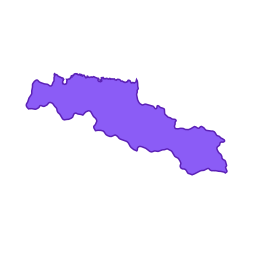 the district of San Felipe de Puerto Plata, Puerto Plata, Dominican Republic, rotated 332°
{"feature_id": "3306468B57439307714728", "entity_name": "San Felipe de Puerto Plata", "entity_type": "district", "adm_level": 2, "iso_a3": "DOM", "parent_name": "Dominican Republic", "parent_adm1": "Puerto Plata", "projection": "robinson", "projection_center": [-70.701, 19.686], "detail": "fine", "context": "isolated", "style": "filled", "palette": "violet", "viewbox_px": 256, "rotation_deg": 332, "n_neighbors": 0, "source": "geoboundaries", "source_scale": "gbopen_adm2", "svg_char_len": 5551}
<svg xmlns="http://www.w3.org/2000/svg" viewBox="0 0 256 256"><g transform="rotate(332 128 128)"><path d="M205.2,185.1L206.3,185.2L207.0,185.0L207.3,184.6L207.4,183.7L206.3,181.7L205.4,180.5L204.7,178.3L203.0,176.4L202.8,175.5L202.7,173.1L202.4,171.8L201.4,170.5L200.1,169.8L196.0,166.8L195.5,165.7L195.0,163.3L193.7,161.2L193.3,161.0L192.5,160.9L190.7,161.5L190.0,161.3L189.3,160.6L188.4,158.9L187.3,157.9L182.8,158.1L180.6,157.8L177.9,156.2L176.5,154.3L174.9,153.3L173.9,152.8L171.7,152.2L169.7,150.9L169.4,149.8L169.8,148.3L170.3,147.7L171.4,146.7L172.3,145.0L173.9,144.2L174.0,143.4L173.9,142.9L173.4,142.3L171.8,141.3L171.2,140.8L170.1,138.8L168.7,137.5L168.3,136.9L167.8,135.2L167.3,133.9L167.1,133.0L167.3,132.1L168.8,128.8L168.9,128.3L168.6,127.6L167.7,126.5L166.2,125.1L165.5,123.1L164.9,122.3L164.4,122.2L164.0,122.3L162.9,123.8L162.5,124.0L161.8,124.1L161.3,123.9L161.0,123.5L160.6,121.1L160.2,120.4L155.0,115.4L154.2,114.9L152.0,114.6L151.3,114.3L150.0,112.2L149.6,110.5L149.7,107.7L151.2,102.7L151.8,101.8L152.9,100.8L153.8,99.0L155.2,98.3L155.6,97.9L156.2,95.7L157.6,92.8L158.3,90.8L158.3,89.2L158.1,89.4L158.1,89.8L157.9,89.8L157.7,90.2L157.3,90.3L157.3,90.6L157.3,90.9L154.8,91.3L154.3,90.6L153.8,90.6L153.6,90.1L152.7,90.0L152.7,89.8L152.4,89.8L152.3,89.6L152.0,89.6L151.9,88.9L151.8,87.8L152.0,87.2L151.2,86.2L150.8,86.0L150.2,86.0L149.7,86.8L148.3,86.8L148.3,86.6L146.8,86.5L146.6,86.0L146.4,86.0L146.2,85.6L145.8,85.4L145.7,84.9L145.0,84.2L144.9,83.8L144.5,83.8L143.8,83.3L143.7,82.1L142.9,80.9L142.7,80.9L142.2,80.4L141.8,80.1L141.3,80.1L140.5,80.0L140.3,80.3L139.9,80.1L139.1,79.2L139.1,78.4L138.8,78.0L137.7,77.9L137.3,77.3L136.4,77.1L136.1,76.5L135.4,76.7L135.2,76.3L135.2,75.9L134.6,75.8L134.6,75.6L133.9,75.8L133.7,75.5L132.8,74.8L132.8,74.4L132.3,74.3L132.1,73.9L131.2,74.0L130.8,73.6L130.6,73.6L130.6,73.4L129.8,73.1L129.8,72.8L129.7,72.8L129.8,72.0L129.6,71.9L129.6,71.6L128.8,71.6L128.5,71.2L127.9,71.2L127.8,71.5L127.9,72.2L126.7,72.7L127.3,73.4L126.9,74.0L126.7,74.0L126.6,74.3L126.2,74.3L126.2,73.6L126.3,73.6L126.5,72.8L126.1,72.6L125.8,72.6L125.8,74.2L125.3,74.2L124.7,73.5L124.1,73.2L123.9,72.8L123.9,72.4L123.9,71.6L124.4,71.1L125.1,71.1L125.3,70.4L124.8,69.9L124.4,69.8L123.1,68.2L122.6,67.9L122.5,67.4L121.8,66.5L120.5,66.6L120.0,66.2L120.0,65.9L119.3,65.8L119.1,65.5L117.7,65.3L117.5,64.9L116.8,64.6L116.7,64.3L116.8,63.5L116.5,63.1L116.2,63.1L115.9,63.5L115.7,64.1L115.0,64.1L114.8,63.8L114.2,63.7L114.2,62.5L114.0,62.2L114.1,61.0L113.8,60.6L112.2,60.8L111.8,60.4L111.8,60.1L111.9,59.8L112.2,59.8L112.3,59.3L111.9,58.9L111.2,58.9L110.8,59.2L110.6,58.9L110.8,57.8L110.2,57.7L110.0,58.1L109.2,57.8L108.7,57.3L108.7,57.0L108.4,56.1L107.7,56.1L107.7,55.8L107.2,55.4L106.8,55.4L106.5,55.2L105.8,55.2L105.6,55.6L104.7,55.6L104.3,56.1L104.1,56.1L103.8,55.6L102.6,55.4L102.5,56.2L102.3,56.2L102.3,56.4L101.8,56.1L101.3,56.2L101.3,56.5L101.1,56.8L100.1,56.9L99.7,57.3L99.3,57.3L98.7,56.9L97.3,56.8L97.2,56.5L96.6,56.2L96.5,57.4L96.2,57.6L95.7,58.1L95.6,58.6L94.8,59.6L94.0,59.7L93.7,60.1L92.5,59.7L91.7,58.6L91.4,58.6L91.3,57.7L91.7,57.3L91.7,57.0L91.9,56.9L91.9,56.6L92.6,55.8L93.2,55.6L93.5,55.0L93.7,54.6L93.9,54.6L93.7,54.3L94.0,53.9L94.0,53.5L93.4,52.8L93.0,52.7L93.0,52.4L92.2,51.6L92.2,51.3L91.6,50.9L91.2,50.0L90.7,49.7L90.6,49.2L90.5,48.4L90.3,48.1L90.1,47.4L88.9,46.8L88.8,45.5L88.6,45.5L88.4,45.9L87.9,46.3L88.6,46.7L86.4,48.7L85.2,51.0L84.7,51.7L83.0,52.7L81.1,54.4L80.3,54.7L79.8,54.7L79.2,54.5L78.6,53.9L77.8,52.1L77.3,51.5L74.9,49.8L72.1,46.8L71.2,45.5L70.7,43.6L70.4,43.1L70.0,42.8L69.2,42.6L67.2,42.9L64.7,44.2L64.1,44.8L62.8,47.1L60.4,50.1L59.3,52.2L58.8,52.8L54.6,55.1L51.7,57.9L49.7,59.1L49.0,59.9L48.6,60.8L48.6,62.4L49.2,64.5L50.0,64.7L52.2,65.8L54.9,67.9L56.1,68.2L58.0,68.2L59.1,68.0L60.2,67.2L60.9,67.0L61.8,67.4L63.3,69.1L64.4,69.6L67.3,69.6L68.2,69.3L69.4,68.7L70.4,68.6L71.3,68.9L72.4,70.0L73.0,71.1L73.5,74.6L74.1,76.5L74.1,77.7L73.5,79.5L73.4,80.8L73.5,81.7L74.3,83.9L74.5,89.1L74.8,90.0L75.6,90.9L78.0,91.7L79.8,92.5L82.4,92.7L84.2,92.4L86.6,90.4L87.4,90.1L88.2,90.1L89.0,90.4L90.4,92.2L93.0,94.1L94.2,95.4L97.4,94.2L98.6,94.0L101.2,94.2L102.3,95.1L102.8,96.3L102.9,101.1L103.1,102.1L104.0,104.4L104.0,106.4L103.5,107.5L101.0,109.5L100.2,109.9L98.7,110.4L98.2,111.0L97.9,112.2L98.0,115.1L100.3,115.9L102.8,117.3L104.2,118.5L104.8,119.3L105.1,120.2L105.4,123.1L105.7,124.0L106.7,125.5L108.1,127.0L109.4,127.7L112.9,128.0L113.8,128.5L114.8,130.4L115.3,132.9L115.7,133.8L116.7,135.0L120.0,138.6L120.9,139.9L121.3,141.5L121.3,145.1L121.6,146.7L122.9,149.7L125.0,152.3L125.9,151.8L126.7,150.5L127.6,149.8L128.7,149.6L129.9,149.8L131.4,151.0L134.2,154.3L136.3,158.9L137.3,160.0L138.0,160.3L140.9,160.8L143.1,162.5L143.9,162.9L148.0,163.4L150.1,164.3L152.6,164.7L153.2,165.2L155.6,168.7L155.8,170.1L155.9,173.6L156.0,174.9L156.4,175.8L157.9,177.9L158.3,179.5L158.4,182.0L158.2,183.6L157.9,184.4L156.7,185.4L156.1,186.3L155.9,187.2L156.0,188.4L156.8,189.6L158.4,190.6L159.1,191.5L159.5,192.7L159.6,195.4L159.8,196.3L161.6,198.1L162.6,199.4L165.2,199.7L171.8,199.8L173.0,200.1L175.1,201.0L178.8,201.1L179.7,201.3L180.3,201.8L180.8,203.7L181.6,204.8L185.6,207.0L187.8,208.8L189.6,209.9L192.3,212.2L192.8,213.4L194.4,213.2L194.9,212.9L195.2,212.4L195.4,209.9L195.6,208.7L195.9,208.3L197.2,207.7L197.5,207.3L198.4,203.2L198.3,202.1L197.2,200.4L196.9,199.5L196.9,198.6L197.5,197.1L197.6,195.9L197.5,194.6L196.8,193.1L196.5,191.7L196.5,189.3L196.8,187.9L197.3,187.2L197.9,186.7L200.8,186.1L202.1,184.6L202.8,184.2L203.9,184.2L205.2,185.1Z" fill="#8b5cf6" stroke="#5b21b6" stroke-width="1.5"/></g></svg>